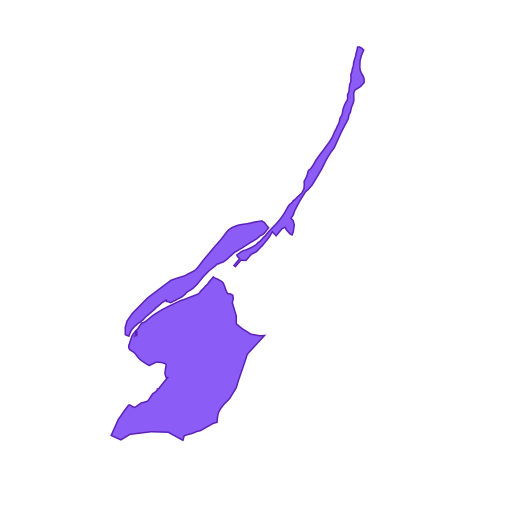 outline of Kum Umbu, Aswan, Egypt, rotated 36°
{"feature_id": "37247803B5042289926655", "entity_name": "Kum Umbu", "entity_type": "district", "adm_level": 2, "iso_a3": "EGY", "parent_name": "Egypt", "parent_adm1": "Aswan", "projection": "natural_earth1", "projection_center": [32.92, 24.62], "detail": "fine", "context": "isolated", "style": "filled", "palette": "violet", "viewbox_px": 512, "rotation_deg": 36, "n_neighbors": 0, "source": "geoboundaries", "source_scale": "gbopen_adm2", "svg_char_len": 5796}
<svg xmlns="http://www.w3.org/2000/svg" viewBox="0 0 512 512"><g transform="rotate(36 256 256)"><path d="M244.3,486.3L254.7,484.2L254.9,483.8L258.9,474.3L273.8,460.4L274.3,459.9L288.5,450.2L305.2,448.1L303.6,443.6L305.1,441.4L308.0,437.9L310.0,435.0L311.2,432.8L313.4,430.4L314.4,428.5L315.8,425.3L316.8,423.2L318.5,419.2L319.7,416.7L322.3,413.3L321.8,412.9L321.3,412.0L320.3,410.3L317.9,405.5L317.2,401.5L317.1,401.0L317.2,394.9L317.4,393.5L318.1,389.6L318.2,389.3L318.4,386.3L317.7,377.0L317.5,374.3L316.3,371.0L316.1,370.4L314.2,364.6L311.3,355.1L309.8,350.2L306.8,340.9L306.7,340.4L308.7,323.0L309.6,315.3L306.2,318.2L297.7,322.3L294.6,322.4L288.1,322.9L285.3,322.8L282.9,322.6L279.9,322.5L277.7,319.4L275.6,316.5L275.2,316.0L272.0,313.6L267.9,310.5L265.8,308.8L264.2,307.6L262.8,304.1L260.9,301.9L260.2,301.4L258.1,301.6L257.8,301.6L256.7,302.4L255.3,303.0L255.0,303.0L253.5,302.3L252.1,301.6L249.7,299.9L248.3,298.9L248.1,298.8L247.7,298.5L245.7,297.3L245.4,297.1L244.1,296.9L243.9,296.8L243.3,296.8L239.3,297.1L234.7,298.2L233.8,298.0L233.7,298.0L233.6,300.8L233.4,302.8L233.2,305.2L233.4,307.4L232.8,309.7L232.6,312.7L232.0,316.0L232.0,319.1L231.7,320.5L229.8,323.5L225.4,330.3L223.3,333.6L221.3,336.2L219.0,340.5L216.4,345.3L214.6,348.6L213.5,350.9L211.8,354.1L208.5,362.1L207.4,365.2L206.2,369.8L205.0,374.5L203.0,377.5L203.1,383.0L203.3,382.9L203.3,383.6L202.9,385.8L202.9,386.8L203.4,386.8L204.2,387.4L205.0,388.5L205.9,389.6L206.2,390.3L205.7,390.3L205.3,390.6L205.2,391.2L205.1,391.6L204.9,391.1L204.7,390.4L204.4,389.4L203.8,388.7L203.3,388.0L202.6,387.6L202.6,388.7L202.5,390.9L202.7,393.7L203.5,396.2L204.2,398.6L205.1,401.1L205.6,403.2L206.7,404.7L208.2,405.8L209.7,406.0L212.4,405.8L214.9,405.8L217.7,406.6L219.4,407.2L222.8,407.9L226.5,407.9L230.3,407.8L233.9,407.4L234.0,407.4L237.8,400.3L242.5,397.6L246.1,396.4L247.3,396.8L249.2,400.8L251.5,404.8L254.7,407.1L255.9,406.4L255.2,420.7L254.4,421.6L254.8,422.0L254.7,424.7L253.5,427.8L253.4,429.1L253.4,429.5L253.7,435.2L253.7,437.0L250.8,440.9L249.6,442.2L247.0,449.7L244.6,450.5L242.6,450.5L241.0,450.9L240.6,451.8L240.4,458.4L240.7,465.9L240.6,469.0L241.0,470.7L244.3,486.3ZM241.2,224.2L240.4,224.0L240.0,224.3L235.5,228.7L230.2,234.8L226.5,238.3L223.2,241.8L219.9,247.0L218.6,250.5L218.2,253.1L218.0,262.8L216.9,275.1L216.4,282.6L215.8,290.6L215.7,298.0L215.2,303.3L209.7,314.3L204.8,320.8L201.5,325.6L197.6,338.3L192.9,353.7L191.5,363.3L189.7,375.2L189.9,384.5L192.2,390.7L194.5,393.8L196.5,396.5L199.7,395.7L200.3,395.5L200.0,394.9L199.7,393.5L199.3,391.6L199.0,390.6L198.9,388.9L198.9,387.5L199.1,385.7L199.2,384.3L199.6,383.0L199.9,381.5L200.4,379.4L201.2,377.7L201.5,376.3L201.7,375.1L201.9,374.8L202.1,374.3L202.2,372.8L202.5,370.4L202.9,368.6L203.4,366.7L204.0,364.4L204.8,360.8L205.4,358.2L205.4,357.8L205.7,356.1L206.8,352.1L207.1,350.1L208.2,346.9L208.8,345.4L209.1,344.8L209.5,344.4L209.8,345.1L210.2,345.4L211.0,345.1L211.8,344.6L212.4,344.4L213.3,344.2L214.2,344.1L214.9,343.1L215.9,340.8L216.9,339.4L217.7,337.3L220.2,332.4L220.7,330.3L221.2,328.5L221.1,326.9L221.5,325.5L222.1,324.0L223.2,321.6L224.0,319.3L225.0,313.7L225.1,311.2L225.4,306.1L225.5,303.8L226.2,298.9L226.5,296.8L227.0,294.2L227.6,292.4L228.3,289.8L228.9,287.9L229.3,285.1L229.8,284.9L230.5,284.1L231.6,282.1L233.1,280.0L233.8,278.0L234.2,276.4L234.7,275.0L235.1,271.8L235.6,270.2L235.9,268.4L236.2,266.9L236.6,265.4L237.5,263.5L239.1,259.7L240.3,257.0L240.8,255.4L241.6,253.4L243.6,248.4L245.4,244.3L246.3,242.1L247.1,239.4L247.5,237.2L248.6,235.1L249.3,232.8L249.5,227.9L249.6,225.7L246.8,225.1L243.2,224.0L241.2,224.2ZM215.4,27.2L215.7,28.0L216.9,30.6L217.8,33.1L219.3,36.2L220.1,38.8L220.7,40.4L221.2,41.9L222.3,43.8L223.1,45.2L223.6,46.8L224.0,48.2L224.8,49.7L225.5,51.2L225.8,53.0L227.3,55.0L228.7,56.9L229.4,58.0L230.4,59.6L230.8,61.9L232.0,64.1L233.4,66.5L234.6,68.4L235.1,70.2L235.0,71.1L236.0,72.8L237.4,74.4L237.8,75.4L238.2,76.3L238.4,79.3L238.9,81.9L240.0,85.8L241.4,88.7L242.7,91.5L242.9,94.8L243.9,97.3L245.0,99.6L245.4,102.8L246.2,106.6L246.5,108.9L247.2,112.0L248.0,116.0L248.1,117.9L248.3,121.5L248.2,126.0L248.3,131.3L248.1,134.7L248.1,143.0L248.4,145.3L248.5,145.9L248.7,147.8L248.9,150.0L248.9,152.2L248.8,154.1L248.3,155.3L248.3,156.6L249.4,159.5L250.0,161.1L250.5,163.1L250.9,165.8L251.0,167.2L251.5,167.9L252.5,169.1L253.2,170.1L253.4,170.4L255.1,173.1L255.7,175.7L256.0,178.3L255.5,180.4L255.4,181.7L254.8,183.8L254.6,186.0L254.2,187.8L253.6,189.7L253.7,191.1L253.6,192.4L253.0,194.4L252.8,196.0L253.0,198.5L253.4,201.5L253.7,203.9L253.9,207.4L253.9,211.8L253.7,215.0L253.6,216.7L253.2,220.2L252.7,223.3L252.3,226.2L252.0,228.2L251.9,229.0L251.7,231.8L251.6,234.6L251.3,235.9L251.0,237.3L250.9,239.5L250.8,239.9L250.5,242.0L250.2,242.7L249.8,243.9L249.7,244.1L249.6,246.6L248.3,249.5L247.3,251.8L245.7,254.5L244.3,257.1L243.0,258.6L241.6,261.0L240.3,265.3L239.9,266.5L240.0,266.6L241.4,267.3L242.3,267.5L244.4,267.9L244.3,268.2L244.3,268.7L243.8,275.4L243.8,276.7L245.6,276.7L246.3,268.3L250.5,265.5L251.2,257.5L253.8,252.4L254.9,244.1L255.1,244.1L255.2,240.3L255.5,236.5L255.6,232.9L255.2,229.0L255.0,226.8L255.6,227.0L260.1,227.7L260.4,227.8L261.0,219.2L261.0,218.5L262.8,215.6L265.2,217.0L270.2,218.1L272.8,217.8L272.0,214.6L268.7,208.3L265.2,205.5L262.1,204.9L262.1,201.4L260.6,196.1L259.2,186.8L258.9,183.3L258.3,174.9L259.1,171.8L259.7,165.6L259.0,157.3L258.0,147.1L258.0,146.7L256.6,138.7L255.9,133.0L255.6,129.4L255.7,122.4L254.3,115.8L252.1,105.1L250.0,90.6L248.1,87.0L248.1,84.8L245.8,79.5L245.1,76.4L243.9,72.8L241.2,69.3L239.2,66.6L238.5,63.5L239.3,61.7L241.0,57.4L241.5,52.1L239.2,49.0L236.4,47.2L234.0,46.2L231.7,44.9L229.3,42.6L225.4,36.8L223.5,32.0L222.3,26.8L222.1,26.1L219.2,25.7L218.4,25.9L218.0,25.9L216.8,26.1L216.4,26.5L215.4,27.2Z" fill="#8b5cf6" stroke="#5b21b6" stroke-width="1.5"/></g></svg>